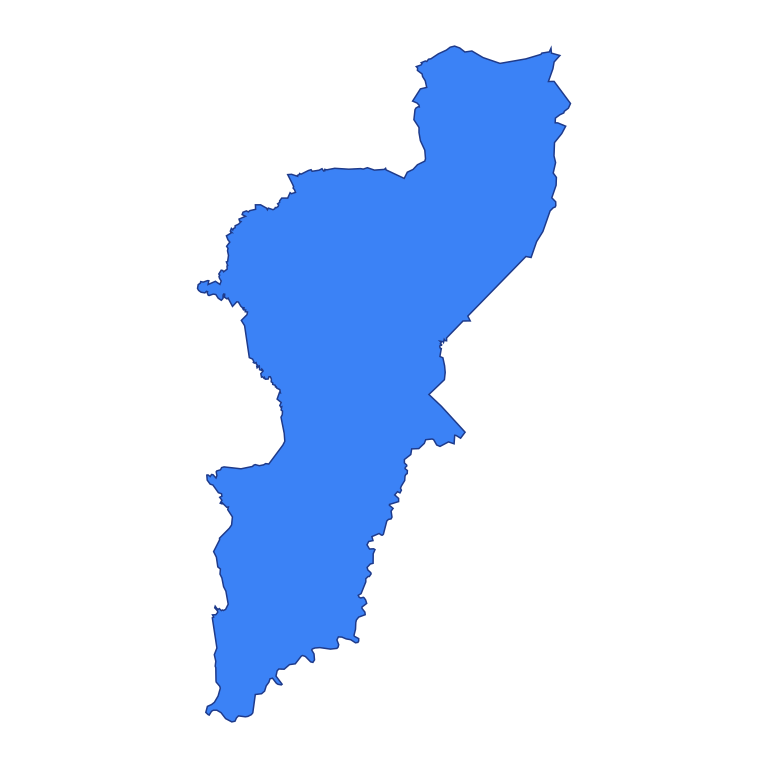 Susupuato, Michoacán, Mexico (Albers equal-area conic projection)
{"feature_id": "50627088B45891459057999", "entity_name": "Susupuato", "entity_type": "district", "adm_level": 2, "iso_a3": "MEX", "parent_name": "Mexico", "parent_adm1": "Michoacán", "projection": "albers", "projection_center": [-100.425, 19.176], "detail": "fine", "context": "isolated", "style": "filled", "palette": "blue", "viewbox_px": 768, "rotation_deg": 0, "n_neighbors": 0, "source": "geoboundaries", "source_scale": "gbopen_adm2", "svg_char_len": 6096}
<svg xmlns="http://www.w3.org/2000/svg" viewBox="0 0 768 768"><path d="M559.9,55.5L551.4,53.1L551.0,48.2L549.3,51.9L541.8,53.1L540.9,54.4L525.8,58.9L500.0,63.4L483.1,57.6L471.9,51.0L464.9,52.0L459.8,48.0L454.6,46.1L450.2,47.2L446.4,50.1L438.4,53.8L430.9,58.8L428.5,59.2L426.8,61.5L425.3,61.0L421.2,62.7L422.0,63.6L421.0,65.0L416.3,66.6L417.6,68.0L417.4,70.4L422.1,74.0L422.6,76.6L425.2,80.7L426.7,87.4L420.4,88.9L412.6,101.1L417.0,103.0L419.1,105.2L419.3,106.9L418.3,106.7L415.9,108.1L415.0,109.7L413.9,119.7L419.0,127.5L419.0,132.6L420.4,140.7L424.8,150.2L425.5,158.8L424.8,161.1L417.5,164.7L413.1,169.4L407.3,172.2L404.2,178.4L386.1,169.9L385.6,168.3L384.3,169.4L374.4,170.1L367.4,167.7L363.2,169.1L360.6,168.6L348.8,169.2L334.7,168.3L326.9,169.8L324.8,169.4L324.9,170.7L323.7,171.0L322.0,168.7L319.1,170.2L312.1,171.3L311.1,169.7L308.4,170.5L301.0,174.2L299.6,173.5L299.2,174.6L297.5,175.3L297.6,176.3L291.5,174.3L287.7,174.6L292.5,184.1L293.6,186.6L293.1,188.1L294.5,189.7L295.5,192.4L291.3,193.7L290.1,192.7L287.7,198.1L281.7,198.1L279.6,200.9L279.6,202.4L277.6,203.8L278.6,205.0L278.2,206.4L276.4,207.7L275.3,207.5L274.7,208.8L273.0,209.7L268.3,208.1L267.4,209.8L266.5,208.1L260.6,204.8L255.4,204.8L255.6,209.3L249.9,210.6L248.3,211.9L246.4,210.9L243.0,212.2L242.1,214.6L245.5,216.3L239.0,219.1L239.6,221.1L241.0,221.6L238.6,224.1L235.1,225.8L235.1,227.7L233.5,228.5L232.8,229.9L231.4,228.4L230.3,231.2L231.8,232.5L230.8,232.4L230.8,233.2L226.4,235.8L228.0,239.9L229.8,242.1L226.6,246.3L228.0,248.4L227.5,250.8L228.5,255.4L227.6,261.6L226.4,261.9L227.7,265.5L227.0,266.0L227.2,269.1L223.6,271.8L222.8,270.5L221.2,270.2L218.8,274.0L219.7,275.1L219.0,276.5L219.5,278.3L221.2,281.0L219.9,284.4L215.4,281.3L208.1,284.5L208.8,280.7L207.6,280.6L203.2,282.1L200.7,281.6L200.3,283.2L198.2,284.6L197.5,288.4L198.6,290.4L201.0,292.2L204.9,292.9L206.5,291.3L207.6,291.7L207.2,292.9L208.3,295.3L209.2,295.5L213.2,294.1L215.8,294.5L218.2,298.2L221.3,300.3L223.0,298.5L223.1,295.0L223.7,294.0L224.7,294.2L224.5,297.3L227.0,298.9L228.1,298.1L232.5,306.4L236.8,301.8L238.4,302.1L240.8,306.2L242.3,307.6L244.0,307.7L243.8,308.8L243.0,309.0L243.6,309.9L245.6,310.0L245.2,311.7L247.5,312.0L247.0,314.7L241.3,320.4L244.6,325.7L249.3,357.6L252.6,359.1L253.8,361.6L253.3,362.4L254.4,363.1L256.1,362.6L256.1,363.6L257.8,365.6L256.7,366.1L257.1,367.8L259.3,366.1L259.6,369.7L261.5,370.3L261.8,369.1L262.4,369.7L263.1,371.0L260.8,373.7L261.5,377.1L262.4,376.7L263.9,378.2L264.4,377.4L265.3,379.2L268.2,379.0L269.0,376.7L270.3,376.7L271.4,379.1L271.2,381.8L272.7,382.8L272.7,384.4L275.2,385.3L275.5,386.9L276.2,386.7L276.9,388.2L279.8,389.6L280.4,392.8L279.5,392.4L277.1,399.1L281.2,402.5L279.8,405.5L280.9,407.2L281.7,406.8L281.1,410.0L282.5,411.1L282.3,414.6L281.0,417.2L284.2,433.3L284.8,441.3L282.8,445.2L268.8,464.0L265.6,463.6L263.7,464.8L259.3,465.7L255.2,464.6L253.3,465.4L252.7,466.4L241.0,468.8L224.0,466.9L221.6,467.6L220.5,469.8L216.8,470.9L216.2,471.8L216.9,475.6L216.0,478.0L213.0,474.7L211.5,474.5L210.2,476.6L208.0,474.9L206.8,475.1L207.2,480.1L210.1,484.1L212.9,485.0L218.4,492.7L221.5,493.7L221.9,496.2L219.7,497.3L221.9,500.2L220.2,503.2L221.8,503.8L221.9,502.5L226.8,507.3L228.4,507.0L227.7,509.6L232.4,516.9L231.6,524.9L229.4,528.2L219.5,538.2L219.6,539.8L213.6,551.6L216.4,557.2L217.8,566.9L220.4,569.0L220.0,574.1L221.9,578.0L223.6,586.7L225.9,591.2L228.2,604.2L225.6,609.4L223.4,610.5L222.5,610.0L221.3,610.6L219.3,608.6L218.4,609.3L216.9,608.6L215.2,606.2L214.7,607.8L217.5,610.9L217.7,612.4L215.8,614.7L212.5,614.9L213.7,617.1L212.3,617.8L216.9,648.0L214.3,654.7L215.8,661.3L215.2,666.2L215.8,667.7L216.0,680.9L216.2,682.1L219.7,686.2L220.3,688.2L218.1,696.0L214.4,702.3L211.6,704.5L207.4,706.4L205.8,712.4L208.0,714.5L209.2,715.1L211.5,711.3L213.4,710.2L216.8,710.2L221.0,712.6L225.6,718.6L231.8,721.9L235.0,721.2L236.5,717.9L238.5,715.9L245.4,716.8L247.9,716.4L251.4,714.6L252.8,712.8L255.3,694.5L261.6,693.7L264.6,691.1L266.2,685.9L268.9,682.2L270.0,678.8L272.5,678.2L276.4,683.3L278.0,684.3L281.3,684.9L282.1,684.2L276.0,676.1L277.1,670.9L278.8,669.0L284.2,669.2L289.5,664.6L295.3,663.8L301.3,656.1L302.6,655.5L305.4,656.5L310.7,661.9L312.9,662.4L314.5,659.9L314.0,653.9L311.7,650.0L312.3,649.0L314.9,648.0L319.9,647.6L330.4,649.1L336.9,648.4L338.1,647.1L338.7,644.7L336.9,639.9L338.4,636.9L341.9,637.1L346.2,638.9L350.7,639.7L355.5,642.8L357.9,642.4L358.7,641.0L358.7,638.6L354.4,636.3L354.0,635.3L355.5,629.3L355.8,622.5L356.4,620.0L358.7,617.1L365.2,614.7L364.9,612.1L362.0,608.4L362.0,607.0L366.7,603.4L365.6,599.9L364.1,597.8L363.3,597.3L360.8,598.0L359.2,597.3L358.2,595.3L361.1,593.6L365.8,581.9L365.8,578.7L368.1,576.5L369.3,576.5L371.1,573.9L370.8,572.7L367.8,569.9L367.1,567.4L370.3,564.0L373.1,563.3L373.2,553.8L375.0,549.6L373.7,548.8L369.5,549.0L367.0,544.8L368.7,541.5L373.0,540.6L371.9,536.6L379.1,533.5L381.4,535.1L382.5,535.1L383.4,534.2L386.8,521.0L388.5,519.4L391.1,518.9L392.0,517.1L391.1,511.1L393.1,508.4L389.4,505.3L389.5,504.4L398.6,501.6L398.6,498.4L394.7,494.9L397.5,491.7L400.0,492.9L401.4,490.2L400.5,488.2L401.3,486.1L404.7,480.5L405.0,476.1L405.9,474.4L407.2,473.6L407.4,470.5L405.1,468.7L405.3,467.4L406.8,466.0L406.7,465.1L404.4,462.9L404.4,459.5L410.8,454.5L411.7,448.9L418.8,448.6L424.3,443.4L425.7,439.7L432.1,439.0L433.6,439.6L436.7,445.0L440.0,446.4L448.5,441.9L454.1,443.8L454.7,435.3L456.0,435.4L460.6,438.2L465.1,432.2L441.4,406.3L428.9,394.5L444.4,379.7L445.2,372.4L444.6,365.8L442.9,357.8L439.9,356.5L441.3,348.6L440.5,348.6L439.7,346.8L440.0,345.5L441.5,345.3L441.6,344.5L440.4,343.7L441.2,342.3L440.0,341.2L443.0,341.6L443.5,342.4L444.2,339.4L445.0,340.6L446.6,340.8L446.6,337.9L463.0,321.0L470.2,320.9L467.8,316.1L525.9,256.5L531.1,257.5L536.6,241.6L542.9,231.5L550.1,210.9L553.3,207.7L555.2,207.0L555.8,205.6L555.7,201.8L551.8,197.8L556.1,185.3L556.4,177.4L553.2,173.0L555.6,162.6L554.0,155.9L554.5,142.6L561.8,133.5L565.7,126.2L557.8,122.9L555.2,122.8L555.4,118.1L559.8,114.8L563.8,112.9L564.3,111.3L568.4,108.2L570.5,103.5L554.1,81.4L548.4,81.5L552.9,68.8L554.1,62.0L559.9,55.5Z" fill="#3b82f6" stroke="#1e3a8a" stroke-width="1.5"/></svg>